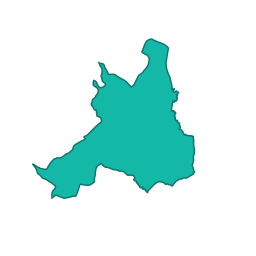 outline of Tao Ngoi, Sakon Nakhon, Thailand, rotated 20°
{"feature_id": "78962969B89728183001998", "entity_name": "Tao Ngoi", "entity_type": "district", "adm_level": 2, "iso_a3": "THA", "parent_name": "Thailand", "parent_adm1": "Sakon Nakhon", "projection": "robinson", "projection_center": [104.177, 16.947], "detail": "fine", "context": "isolated", "style": "filled", "palette": "teal", "viewbox_px": 256, "rotation_deg": 20, "n_neighbors": 0, "source": "geoboundaries", "source_scale": "gbopen_adm2", "svg_char_len": 5786}
<svg xmlns="http://www.w3.org/2000/svg" viewBox="0 0 256 256"><g transform="rotate(20 128 128)"><path d="M196.2,157.3L196.6,156.4L197.6,155.6L199.3,155.4L199.9,155.1L200.4,154.7L205.1,148.9L205.4,148.0L205.5,146.7L204.1,145.1L201.3,141.3L200.8,138.4L200.8,136.3L199.9,134.2L199.1,132.0L199.1,129.2L198.5,127.9L198.0,125.7L196.5,123.5L194.7,119.7L194.0,117.2L193.8,116.7L193.1,115.9L192.8,114.7L192.5,114.4L192.4,114.0L192.2,113.7L191.6,113.6L191.4,113.9L191.1,113.6L190.9,113.7L189.4,113.8L188.8,114.3L188.3,114.3L188.1,114.5L187.7,114.5L186.6,114.5L185.6,114.8L184.5,114.5L184.4,114.7L184.0,114.5L183.9,114.8L183.7,114.8L183.5,115.0L183.3,115.1L182.2,114.3L181.2,113.1L179.6,112.2L179.0,111.5L178.3,111.3L176.8,111.6L176.7,111.1L176.9,109.2L176.7,108.9L176.0,108.4L174.9,106.7L174.8,105.9L173.0,105.8L172.6,105.5L172.3,105.0L172.3,104.6L171.9,104.0L171.5,104.1L171.1,104.4L170.7,104.5L169.4,103.5L168.9,103.4L168.8,102.6L168.9,102.3L168.8,101.8L168.0,101.4L167.8,101.0L167.5,100.9L167.6,100.4L167.5,100.2L167.7,99.7L167.4,99.4L167.3,98.7L167.5,98.4L166.9,98.1L167.6,97.5L167.5,97.4L166.8,97.4L166.5,97.5L166.4,97.3L166.6,97.0L166.2,96.7L165.7,96.6L165.2,96.7L164.9,96.3L164.5,96.5L164.7,96.8L164.6,97.0L164.4,97.1L164.1,96.9L163.9,97.2L163.7,97.0L163.2,96.9L162.7,96.4L162.6,95.7L161.9,93.9L161.8,93.1L161.9,92.3L161.7,91.2L161.3,90.6L161.5,90.0L161.4,89.5L161.4,89.3L161.2,89.0L161.3,88.5L161.2,88.3L161.2,88.0L161.5,87.9L161.4,87.6L161.6,87.7L161.6,87.4L161.8,87.4L161.8,87.7L162.0,87.4L162.3,87.4L162.6,87.6L162.8,86.7L163.3,86.6L163.2,86.2L163.3,86.1L163.6,86.3L163.7,85.8L164.2,85.8L164.3,84.6L164.4,84.1L164.2,83.5L163.5,83.2L163.8,82.8L163.6,82.6L163.4,82.6L163.2,82.3L163.5,82.2L163.4,81.9L163.4,81.7L162.6,80.5L162.7,80.2L163.2,80.1L163.1,79.9L162.8,79.8L162.7,79.5L163.1,79.1L163.1,77.9L163.3,77.6L162.4,77.1L162.1,77.2L160.8,76.7L159.6,78.4L159.2,78.6L158.8,78.5L158.3,78.1L158.2,77.7L158.0,76.8L158.2,75.8L157.9,75.4L157.0,75.8L157.0,76.3L156.8,76.9L156.5,77.2L156.3,77.0L156.1,76.7L155.4,74.5L155.0,73.7L150.1,66.2L149.2,65.1L147.8,63.9L144.4,59.6L142.7,56.8L141.4,53.7L139.4,43.5L138.8,39.6L138.5,39.0L136.8,38.1L133.3,37.0L126.7,36.9L121.3,36.6L120.4,36.3L119.6,36.4L118.4,37.0L117.8,37.5L116.2,39.4L115.7,40.7L115.2,43.4L115.0,51.6L115.5,52.2L116.2,52.4L121.1,53.0L123.1,54.2L124.2,55.6L124.6,56.7L125.2,59.4L125.3,61.4L125.2,63.1L124.7,65.1L124.3,66.5L123.4,68.6L122.7,71.0L121.4,73.1L120.1,74.9L119.4,80.1L119.0,84.7L118.2,86.5L117.0,88.3L111.9,85.8L110.2,85.0L108.5,84.5L101.0,83.3L97.7,82.4L96.0,82.4L93.8,83.2L92.9,83.8L92.1,84.1L91.2,84.0L89.1,82.2L88.3,81.1L86.1,79.7L84.5,77.6L83.4,76.6L82.8,76.4L81.7,76.3L79.9,76.8L78.4,76.6L80.8,79.4L82.8,80.6L83.5,81.5L84.5,84.2L85.0,88.5L86.4,90.3L87.5,92.2L88.5,93.0L89.5,93.5L90.6,93.6L91.2,93.9L91.6,94.5L92.0,95.4L92.0,95.8L91.7,96.4L90.3,98.4L89.0,99.3L87.8,99.5L87.0,99.3L85.2,98.4L83.8,97.1L83.3,96.3L82.8,95.8L80.6,94.9L79.9,94.9L79.5,95.1L79.5,95.5L80.0,98.0L80.3,98.8L80.7,99.4L81.2,99.8L84.8,100.8L85.7,101.2L86.5,101.8L87.5,103.5L87.8,105.2L87.7,105.8L86.8,108.7L86.6,110.6L85.0,113.5L85.0,114.3L85.5,116.4L85.2,117.8L85.3,118.1L86.0,119.3L86.8,119.4L87.4,119.8L88.8,121.0L90.1,122.4L90.8,122.4L91.9,122.1L92.3,122.3L92.8,123.9L93.2,124.3L93.8,124.5L94.0,126.0L94.7,127.3L95.3,127.4L98.3,127.5L98.9,127.8L100.7,130.3L100.9,131.0L100.8,131.3L100.4,132.3L99.2,134.1L97.5,137.3L93.9,144.8L92.4,148.2L91.7,149.4L89.8,150.9L89.8,151.7L91.5,152.4L91.6,152.5L91.5,153.0L90.5,154.4L89.3,155.5L85.2,160.3L84.3,161.5L83.3,163.5L83.1,164.1L83.3,166.1L83.3,167.7L83.1,168.1L82.0,169.5L81.4,171.2L78.7,173.7L77.2,176.1L76.2,177.8L75.8,178.3L75.2,178.8L73.4,179.8L71.6,180.3L70.6,181.5L69.5,182.2L68.9,182.8L68.5,183.7L67.0,187.8L66.0,192.1L66.1,192.5L66.0,193.3L65.6,194.3L65.0,194.8L63.7,195.4L59.2,195.9L56.4,195.6L52.2,194.6L50.5,194.4L55.0,197.3L56.4,198.7L58.7,201.6L61.3,202.4L62.9,203.2L64.3,204.1L65.3,204.4L68.5,204.2L69.1,204.3L71.6,205.1L73.1,205.5L74.1,205.5L74.6,205.7L75.6,205.8L76.6,206.4L78.5,206.9L79.0,207.3L79.7,207.5L80.0,207.9L80.1,208.5L80.1,209.6L79.8,210.9L79.2,211.6L79.0,212.2L78.8,214.5L79.2,216.5L80.5,219.7L82.9,216.1L83.4,215.7L83.9,215.6L86.2,215.8L89.6,215.8L91.9,216.0L95.4,213.9L98.0,212.1L99.2,211.1L101.6,210.2L102.2,209.7L102.5,208.6L102.4,202.2L102.2,198.2L102.4,197.3L102.9,197.1L108.6,196.0L109.9,195.6L110.9,195.1L112.4,193.9L114.6,190.6L114.8,189.9L114.7,189.5L113.8,187.8L113.4,184.4L113.3,182.6L112.6,181.5L112.4,180.2L111.9,178.1L111.8,176.7L112.3,174.4L112.6,173.5L115.1,170.7L115.9,170.7L117.2,171.8L117.9,172.0L119.1,172.4L120.3,172.5L122.2,172.0L123.5,171.9L127.3,172.1L128.8,172.0L131.9,171.3L134.6,171.4L135.2,171.3L136.8,170.7L138.2,170.6L139.1,170.7L140.3,171.0L143.4,172.4L143.8,172.4L148.2,170.9L149.0,170.8L150.2,171.2L151.4,172.3L151.5,172.6L151.3,172.9L151.5,173.1L151.3,173.5L151.5,173.7L151.1,174.5L151.3,174.8L151.7,174.8L151.8,175.3L152.4,175.3L152.6,175.2L152.9,175.2L153.7,175.0L154.2,175.5L154.3,176.0L154.8,175.9L154.9,176.3L155.6,176.6L155.6,176.9L156.1,176.9L156.5,177.4L157.1,177.5L157.3,177.9L157.6,177.8L158.1,178.3L158.6,178.4L158.8,179.0L159.5,179.7L160.2,179.5L160.6,179.7L160.9,179.4L161.6,179.0L161.6,179.5L162.1,179.6L162.2,180.0L162.4,179.9L162.5,179.4L162.7,179.8L162.5,180.1L163.0,180.3L163.1,180.0L163.6,180.1L164.2,179.7L165.2,180.4L165.6,180.4L165.9,180.6L166.3,180.6L166.4,181.0L167.2,180.9L167.4,181.7L168.3,182.0L168.5,181.9L168.5,181.7L168.2,181.3L168.3,180.8L168.9,178.5L169.8,176.6L170.8,175.0L171.2,173.4L171.8,172.3L173.9,169.0L174.4,168.6L176.0,167.6L179.0,167.1L180.0,167.1L182.3,168.0L182.7,168.1L183.2,167.9L183.6,167.3L184.4,166.9L185.6,167.3L187.5,166.9L188.7,167.5L189.3,167.3L189.6,166.9L190.9,162.6L191.8,161.0L194.0,158.5L194.8,157.8L195.6,157.7L196.2,157.3Z" fill="#14b8a6" stroke="#0f766e" stroke-width="1.5"/></g></svg>